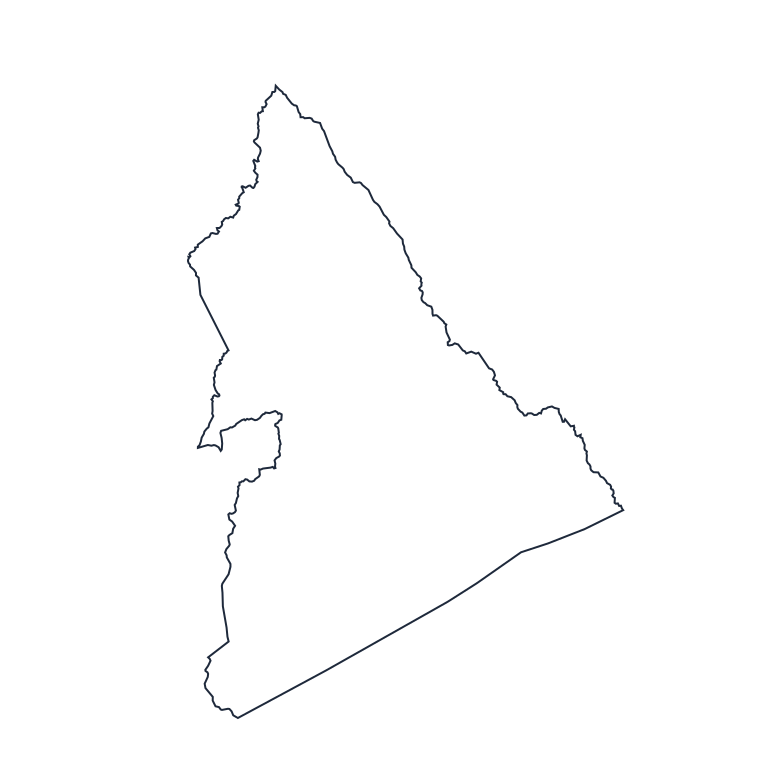 Chifunde, Tete, Mozambique (Robinson projection), rotated 172°
{"feature_id": "85939544B38440784035247", "entity_name": "Chifunde", "entity_type": "district", "adm_level": 2, "iso_a3": "MOZ", "parent_name": "Mozambique", "parent_adm1": "Tete", "projection": "robinson", "projection_center": [32.901, -14.712], "detail": "fine", "context": "isolated", "style": "outline", "palette": "slate", "viewbox_px": 768, "rotation_deg": 172, "n_neighbors": 0, "source": "geoboundaries", "source_scale": "gbopen_adm2", "svg_char_len": 6155}
<svg xmlns="http://www.w3.org/2000/svg" viewBox="0 0 768 768"><g transform="rotate(172 384 384)"><path d="M596.2,137.8L594.8,136.0L594.3,134.1L597.4,129.4L600.7,125.8L600.7,124.7L598.9,123.0L598.5,121.4L599.3,118.4L603.3,112.2L603.1,107.7L597.1,98.0L597.7,94.3L595.7,88.3L592.4,87.0L591.0,84.4L589.8,83.8L583.7,84.1L582.3,83.7L580.5,81.1L579.4,76.9L575.2,73.6L481.5,108.3L351.2,159.5L320.0,173.7L271.7,198.3L243.8,203.3L205.5,212.4L164.7,225.8L165.7,227.6L166.3,230.5L168.1,230.5L169.0,233.2L171.1,233.2L172.2,234.3L171.2,239.1L172.5,240.1L173.4,241.8L171.8,243.7L171.7,246.4L172.3,247.7L173.2,247.9L173.9,249.0L173.4,250.8L174.1,252.7L176.9,254.8L177.7,257.3L179.8,260.6L182.5,262.3L184.1,266.6L188.8,267.5L190.8,269.7L191.3,271.4L191.0,273.7L191.8,275.8L193.1,277.2L194.0,280.0L193.0,285.2L193.2,287.0L192.5,288.9L194.2,290.8L194.5,292.4L193.7,295.8L195.0,300.0L195.0,302.7L197.0,303.9L196.3,306.3L199.7,305.3L201.4,307.0L201.3,310.6L202.3,312.3L201.5,314.6L202.0,315.3L201.8,316.2L205.0,316.1L209.6,323.9L211.1,321.5L212.3,321.7L213.4,328.3L214.3,329.6L214.8,332.0L214.5,335.0L218.5,336.6L220.8,338.4L225.1,338.0L226.9,337.0L229.8,337.1L231.5,335.6L232.6,333.0L234.3,333.8L237.0,332.2L239.6,332.4L241.8,334.3L242.8,334.6L245.7,334.8L247.3,333.1L249.4,333.2L251.0,336.5L252.6,337.6L254.9,340.9L255.2,342.7L254.8,344.5L256.2,346.9L256.9,349.7L259.9,353.3L263.5,354.7L265.0,357.0L266.8,357.2L267.3,357.7L267.1,359.3L270.6,361.9L269.9,364.3L272.6,367.7L271.7,370.5L272.5,371.5L275.0,372.7L275.3,373.5L272.9,377.1L273.5,380.8L274.9,383.3L277.8,384.9L286.1,401.8L288.7,401.2L293.1,403.9L298.3,402.8L299.4,405.1L301.3,406.3L305.0,412.8L308.3,414.4L310.9,413.2L314.2,413.1L315.3,413.7L315.1,416.5L313.3,417.3L312.6,418.8L314.9,426.3L315.0,432.3L314.0,434.2L315.8,435.8L316.2,437.3L321.7,444.2L322.9,444.9L325.9,444.9L326.2,446.7L325.7,450.7L326.4,454.0L330.2,456.0L332.0,458.4L333.5,459.5L334.9,461.8L335.0,464.1L333.3,467.4L332.9,469.4L333.5,470.9L335.0,471.6L335.9,473.9L333.2,476.1L333.1,477.8L332.5,479.1L333.4,480.5L332.5,483.4L333.7,485.5L335.8,487.4L337.0,490.2L340.6,495.3L340.4,497.8L342.2,503.5L342.3,505.7L344.3,510.4L345.1,514.2L344.9,517.3L345.7,520.3L345.5,524.5L350.2,531.2L353.2,537.0L355.7,539.7L356.6,542.4L356.0,544.1L358.5,549.0L360.6,551.6L363.7,560.3L365.4,562.9L368.2,565.7L369.3,567.9L372.4,578.3L377.6,584.0L378.8,586.2L380.1,587.1L385.1,587.3L386.7,588.3L388.2,593.0L391.4,596.2L393.4,599.7L394.0,602.4L395.0,604.0L398.6,608.0L399.6,609.8L400.7,612.9L400.8,615.8L402.5,619.1L402.8,621.6L404.8,627.2L408.2,642.8L409.7,645.4L411.0,651.4L416.6,653.5L417.6,654.4L418.7,656.9L420.6,657.9L425.6,658.2L426.9,659.5L429.5,659.8L429.4,662.9L430.7,665.2L431.6,671.2L432.6,672.1L434.2,672.5L436.3,674.5L440.1,680.9L441.1,684.0L443.5,685.4L443.9,687.2L446.7,690.1L449.7,694.4L451.0,689.1L451.9,688.5L453.9,688.7L455.5,685.2L461.7,680.9L462.1,679.8L461.3,677.5L462.8,675.3L463.9,674.7L466.0,675.0L466.0,671.0L467.2,671.0L469.0,669.7L470.4,670.1L471.4,668.6L471.3,663.1L472.8,659.3L472.4,656.6L473.1,655.3L472.7,652.7L473.4,650.2L474.9,645.8L475.8,644.8L478.6,643.5L479.1,642.5L478.7,641.3L473.9,635.3L473.6,632.2L474.7,629.4L477.2,625.8L477.6,624.4L477.1,622.1L478.6,621.9L481.4,624.1L482.4,623.1L481.1,617.8L481.6,616.7L481.4,615.4L483.2,613.3L482.0,611.1L480.1,608.9L480.5,606.5L482.1,604.0L481.8,602.3L481.1,601.7L483.7,599.8L484.8,597.4L486.0,596.3L486.9,596.6L489.0,599.2L490.6,599.1L493.7,597.6L496.5,599.5L497.4,599.4L497.6,598.8L497.0,597.7L496.2,593.4L497.8,592.7L501.3,589.7L501.5,588.1L502.9,586.8L502.6,583.6L503.0,583.0L505.9,582.2L505.5,581.2L502.9,580.4L502.2,579.7L503.1,576.6L504.2,576.2L506.9,572.9L509.3,571.6L510.2,569.8L512.9,571.0L515.2,569.7L517.5,570.4L519.5,569.3L520.5,567.9L522.1,567.1L522.0,564.5L522.9,563.1L525.1,561.4L527.8,561.7L527.5,559.3L526.2,558.0L527.9,556.0L529.5,556.0L532.9,557.4L534.5,557.2L536.5,554.0L540.7,553.1L543.8,550.6L549.0,547.9L549.3,545.6L552.1,545.4L551.9,543.8L553.4,542.1L557.5,541.0L558.8,539.5L557.9,537.5L558.9,536.6L559.9,537.0L559.7,535.8L560.7,534.3L561.0,533.1L560.7,531.1L559.5,529.2L559.6,527.4L556.3,523.5L554.7,520.2L555.1,517.7L552.8,515.1L553.4,497.8L533.3,438.9L534.6,438.5L535.5,437.1L536.8,436.3L538.5,436.3L538.8,434.3L540.3,433.4L540.9,430.8L541.9,430.3L543.2,430.6L543.6,429.4L542.8,427.0L546.9,425.0L548.0,421.6L548.9,421.2L550.2,418.9L550.1,415.9L550.5,414.8L551.7,413.9L551.6,409.2L552.6,406.8L551.6,401.4L549.9,397.7L548.7,396.7L548.6,395.4L549.3,394.8L550.7,394.8L553.6,396.5L555.3,395.1L555.5,393.7L557.0,392.8L555.9,390.7L556.6,389.3L557.5,381.1L558.3,378.6L557.5,376.0L562.4,369.2L563.9,365.5L565.7,364.5L568.5,361.9L569.3,359.7L572.0,356.3L573.4,352.4L575.2,349.1L577.0,347.8L577.2,346.6L566.9,348.1L563.5,346.9L561.0,347.2L559.4,346.6L556.6,344.4L555.0,340.5L553.8,341.7L552.5,347.6L552.3,353.2L552.8,358.3L551.8,360.3L545.1,361.0L542.2,362.5L540.6,362.1L537.1,363.5L535.9,365.0L529.8,368.0L527.4,368.5L526.5,367.4L524.4,368.5L522.8,367.6L520.1,368.2L516.8,366.1L514.7,366.2L511.6,367.7L509.8,369.6L508.0,370.9L506.4,371.1L505.4,372.2L501.4,371.1L495.5,372.4L493.5,370.8L492.9,369.1L491.6,369.6L489.6,368.2L489.7,367.1L490.7,362.9L492.6,362.5L494.7,360.2L497.1,359.5L497.6,358.4L497.5,357.6L495.2,355.7L494.9,354.7L494.9,350.4L495.5,349.5L495.0,347.2L495.6,344.2L495.1,343.1L494.7,338.8L495.7,337.7L496.5,333.7L497.6,331.8L496.9,329.9L497.0,327.7L497.9,326.8L501.0,325.6L503.0,323.6L502.7,320.3L503.4,317.5L503.2,315.9L504.6,315.7L505.7,317.4L508.1,317.0L515.6,317.1L518.1,316.4L519.4,316.9L519.6,311.3L520.5,309.9L524.8,307.7L526.0,306.3L528.3,305.7L530.9,306.3L532.8,308.4L534.5,309.0L536.8,307.2L538.3,307.4L539.5,306.6L540.9,306.6L541.1,304.0L542.9,302.6L542.6,300.9L544.1,296.5L543.9,293.3L545.5,291.2L547.2,286.8L548.7,285.0L548.3,279.2L549.5,277.8L551.7,276.8L553.2,276.7L554.8,277.5L556.3,276.5L556.0,271.3L553.5,268.9L551.2,264.3L553.5,261.7L554.9,257.4L558.1,256.0L559.4,254.9L559.6,250.4L559.1,246.7L559.7,245.5L563.1,242.4L564.8,239.3L563.7,236.3L563.8,234.2L561.1,227.2L561.5,224.3L564.4,217.2L571.9,208.7L572.7,206.6L573.0,199.8L574.5,186.3L573.8,164.7L574.2,155.5L573.7,150.6L596.2,137.8Z" fill="none" stroke="#1e293b" stroke-width="2"/></g></svg>